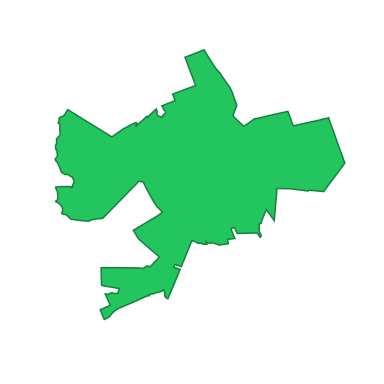 outline of Botoroaga, Teleorman, Romania, rotated 11°
{"feature_id": "2599482B64506943776635", "entity_name": "Botoroaga", "entity_type": "district", "adm_level": 2, "iso_a3": "ROU", "parent_name": "Romania", "parent_adm1": "Teleorman", "projection": "orthographic", "projection_center": [25.528, 44.138], "detail": "fine", "context": "isolated", "style": "filled", "palette": "green", "viewbox_px": 384, "rotation_deg": 11, "n_neighbors": 0, "source": "geoboundaries", "source_scale": "gbopen_adm2", "svg_char_len": 5840}
<svg xmlns="http://www.w3.org/2000/svg" viewBox="0 0 384 384"><g transform="rotate(11 192 192)"><path d="M78.1,241.7L81.5,241.6L86.8,241.4L93.1,240.8L96.5,240.2L99.7,238.0L104.2,236.4L109.3,235.0L133.5,198.2L137.2,192.6L138.0,191.6L142.2,191.4L146.6,197.3L150.5,202.1L157.2,209.9L160.2,212.8L166.8,217.3L163.1,221.6L141.7,240.8L148.4,248.2L162.1,256.2L172.4,262.0L165.1,273.5L164.9,273.7L162.9,272.9L161.3,273.8L159.1,275.8L157.3,276.6L154.5,276.6L130.6,281.0L117.2,283.7L121.0,300.8L123.5,301.0L139.0,300.6L138.9,302.0L138.3,305.9L134.1,306.5L133.4,306.1L131.7,306.5L129.2,308.4L126.3,308.6L132.8,318.1L133.4,318.8L124.3,325.1L130.2,333.9L130.6,333.7L134.7,330.3L136.1,327.3L139.1,323.2L140.5,321.6L141.5,320.8L148.0,316.3L157.6,309.8L167.4,302.9L168.4,302.4L168.8,301.8L169.3,301.7L169.9,301.9L169.9,301.4L170.2,300.8L170.7,300.2L171.3,299.7L172.8,299.6L173.8,299.3L174.6,298.6L175.1,298.3L175.4,297.9L175.9,297.8L176.5,297.5L177.1,297.0L177.9,297.0L178.6,296.6L180.4,295.8L181.1,295.3L181.5,294.8L181.9,294.6L182.0,294.4L181.9,294.2L182.1,293.8L182.4,293.4L182.8,293.3L183.0,293.5L183.1,293.8L183.7,294.5L184.1,295.3L184.3,296.3L184.7,296.7L185.1,297.0L185.1,297.6L184.8,298.5L185.0,299.3L185.4,299.7L186.8,300.8L187.3,300.9L187.7,301.2L188.7,301.4L189.2,299.0L190.0,295.0L190.3,294.2L190.4,293.3L191.2,289.9L195.1,270.2L188.7,269.3L189.0,266.4L195.7,267.3L196.7,262.1L197.2,260.3L198.7,251.7L199.4,248.9L201.1,239.7L201.4,239.8L204.7,240.2L205.4,240.4L205.7,240.6L206.5,240.9L207.5,241.1L209.3,240.9L210.1,240.6L210.9,240.5L211.0,240.7L213.2,241.1L214.0,241.0L215.5,240.6L216.6,240.5L216.3,240.1L215.8,239.1L215.5,238.1L216.0,238.5L216.3,238.9L217.8,238.9L218.7,239.1L218.9,239.1L219.4,238.9L221.0,238.0L221.5,237.9L229.4,238.9L229.5,238.7L230.8,238.2L235.5,236.5L236.3,236.3L236.9,236.1L237.4,235.9L237.5,235.8L237.5,235.6L236.9,234.0L236.4,233.1L236.1,231.7L243.0,229.4L237.2,220.8L240.1,218.9L240.4,218.7L241.5,220.1L242.1,221.2L244.2,224.1L254.2,221.9L258.7,220.9L263.1,219.9L263.6,220.0L264.6,220.7L265.3,220.9L266.0,222.1L267.5,223.5L267.8,223.4L268.0,223.1L267.9,222.4L268.2,221.7L268.2,221.2L267.6,220.4L266.5,219.3L265.7,218.2L265.4,217.6L265.3,216.7L264.7,214.9L264.6,213.1L264.3,212.1L264.3,211.3L264.2,210.2L264.8,210.1L265.8,209.7L265.8,208.7L266.0,206.9L266.1,205.9L268.3,195.0L278.2,204.4L275.4,177.6L275.0,175.6L274.6,172.4L284.8,170.6L288.5,170.0L305.7,168.9L306.0,168.8L306.4,168.0L307.1,167.8L319.3,166.6L321.3,166.5L321.6,165.6L324.9,158.7L325.9,156.5L330.4,147.3L334.7,138.3L335.9,135.7L336.5,134.3L336.3,134.1L335.9,133.5L330.7,124.6L326.3,117.5L322.7,111.3L319.3,105.4L317.2,102.1L314.8,98.1L312.5,94.1L312.0,93.0L310.7,93.7L307.4,95.1L302.7,97.4L292.2,101.9L278.7,107.8L273.2,98.5L270.9,94.8L270.7,94.6L259.1,99.6L244.7,106.1L239.5,108.3L239.4,108.2L239.1,108.5L238.1,109.6L234.0,114.0L231.7,116.2L230.5,117.2L230.1,117.5L223.8,113.5L218.5,110.1L218.2,109.6L217.8,108.7L217.8,108.3L217.8,107.9L219.3,99.5L219.4,99.0L219.4,98.4L216.8,93.8L214.1,89.5L212.6,86.7L209.6,82.6L206.6,79.5L205.2,78.3L203.4,76.6L201.5,74.6L198.7,72.1L198.3,71.7L198.0,71.0L197.8,70.8L197.3,70.3L196.8,69.9L196.4,69.7L194.9,68.5L194.0,67.9L191.9,66.2L191.1,65.5L187.2,61.5L182.5,56.4L180.4,54.3L176.6,50.1L172.7,52.7L159.4,61.1L161.3,64.0L164.7,69.7L166.2,72.2L169.4,77.4L169.5,77.4L175.2,86.7L154.4,99.6L155.4,101.3L158.0,105.5L150.1,110.5L146.0,113.2L146.5,113.5L146.7,113.8L147.5,114.9L147.6,115.3L148.2,115.9L148.5,116.5L149.1,117.0L150.4,117.9L150.6,118.1L150.8,118.6L150.9,118.9L150.9,119.4L150.7,119.9L150.5,120.3L150.1,120.5L149.7,121.2L149.2,121.7L149.0,121.9L148.8,122.2L148.8,122.8L148.9,123.8L148.9,124.0L148.6,124.0L147.3,123.9L145.0,124.0L144.7,123.9L143.3,123.1L143.1,122.8L142.8,122.3L142.4,121.2L142.3,120.6L142.5,119.9L142.5,119.7L141.1,117.3L139.6,119.3L135.5,125.1L133.9,127.4L133.7,127.4L133.2,126.4L131.7,128.5L126.5,135.4L124.6,138.1L124.3,137.8L124.1,137.1L124.1,136.8L124.3,136.7L124.3,136.4L124.7,135.7L124.6,134.9L124.6,134.6L123.4,134.7L122.8,135.1L122.6,135.1L112.7,143.0L110.4,145.3L102.8,153.2L90.2,148.4L62.5,138.0L54.4,134.8L53.7,136.2L52.7,139.3L52.0,140.8L51.5,141.5L50.9,142.1L48.0,144.0L47.8,144.2L47.6,145.1L47.8,147.1L47.5,150.0L49.1,150.4L49.6,151.5L49.9,153.0L49.9,154.8L50.0,155.3L50.4,156.0L50.6,156.8L50.9,158.0L51.5,160.1L51.6,160.5L51.5,161.3L51.0,162.4L49.7,164.6L48.9,165.6L48.8,165.9L48.9,166.4L49.2,167.0L49.7,169.6L49.7,170.2L49.3,172.1L49.2,172.9L49.3,173.2L49.8,174.5L50.0,175.8L50.2,176.2L51.5,177.2L51.7,177.6L51.8,177.8L51.9,178.5L52.1,179.5L52.9,181.7L52.9,182.7L52.8,183.1L52.3,184.1L51.4,185.4L51.4,185.8L52.0,186.9L53.0,187.9L53.4,188.1L54.1,188.7L54.3,189.0L54.6,189.4L55.6,190.3L56.1,191.4L57.1,192.8L57.5,193.1L57.6,193.6L58.4,194.7L58.6,195.3L59.0,195.8L59.5,196.9L61.3,198.1L62.2,198.4L62.9,198.7L63.5,198.8L64.3,199.1L65.0,199.0L65.4,198.7L66.5,198.6L67.6,198.6L67.8,198.8L69.4,199.8L70.0,199.8L70.8,200.1L71.3,200.1L71.6,200.1L71.9,200.3L72.4,201.3L73.0,201.8L73.0,202.0L73.0,202.4L73.1,202.6L73.6,203.0L73.8,203.3L74.0,203.5L74.3,203.9L74.4,204.3L74.5,204.6L74.3,205.3L74.0,205.9L74.0,206.2L73.9,206.5L73.8,207.1L73.6,207.4L73.6,207.5L73.7,208.1L73.6,208.5L73.7,209.8L73.8,210.0L73.1,210.8L72.9,210.8L72.3,210.1L72.1,209.9L71.6,209.9L71.0,209.9L66.8,210.8L65.0,211.1L63.5,211.4L58.0,212.9L57.2,213.2L57.4,213.6L57.5,214.0L57.7,214.3L58.5,215.4L59.9,217.5L60.3,219.2L61.2,221.7L61.5,223.6L61.4,225.0L61.3,225.3L60.9,226.1L60.0,227.0L59.9,227.3L61.1,227.9L62.2,228.0L62.7,228.2L63.1,228.5L63.8,228.8L64.6,229.2L65.3,229.6L67.1,231.4L67.6,231.8L67.9,232.7L68.0,233.0L68.3,233.7L68.5,234.6L68.5,235.1L68.5,235.7L68.1,237.5L68.2,237.8L68.4,237.9L69.6,238.4L70.2,238.5L72.0,238.3L72.9,238.4L73.2,238.6L73.6,238.9L74.1,239.0L74.3,239.1L74.4,239.4L74.8,239.5L75.1,239.7L76.0,240.3L76.8,240.8L77.2,241.3L78.1,241.7Z" fill="#22c55e" stroke="#15803d" stroke-width="1.5"/></g></svg>